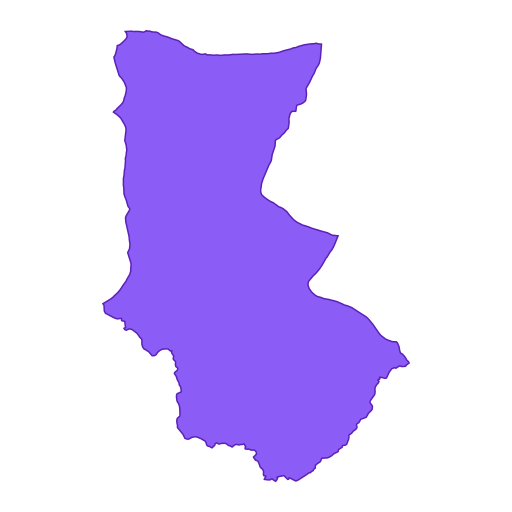 outline of Gogne, Gash Barka, Eritrea
{"feature_id": "51966322B22104639237429", "entity_name": "Gogne", "entity_type": "district", "adm_level": 2, "iso_a3": "ERI", "parent_name": "Eritrea", "parent_adm1": "Gash Barka", "projection": "albers", "projection_center": [37.411, 15.143], "detail": "fine", "context": "isolated", "style": "filled", "palette": "violet", "viewbox_px": 512, "rotation_deg": 0, "n_neighbors": 0, "source": "geoboundaries", "source_scale": "gbopen_adm2", "svg_char_len": 6038}
<svg xmlns="http://www.w3.org/2000/svg" viewBox="0 0 512 512"><path d="M338.1,235.8L332.2,235.2L327.5,232.8L320.9,231.0L311.7,228.2L308.9,227.0L304.6,225.6L302.9,225.2L297.4,222.5L293.8,219.9L289.4,215.1L286.9,211.7L283.3,208.8L280.5,207.3L279.1,207.0L273.1,202.6L270.9,201.7L268.7,200.4L264.8,197.6L262.3,195.4L261.5,194.4L260.9,192.7L260.7,191.5L260.7,189.2L261.1,187.5L261.5,183.9L263.1,178.8L268.9,165.1L270.8,161.7L271.3,160.5L272.2,154.6L275.0,146.2L275.4,140.5L276.1,139.7L279.2,138.0L280.2,137.1L281.7,135.2L284.3,132.9L286.6,129.9L288.3,128.3L289.1,122.3L288.9,118.7L289.9,114.5L290.7,112.9L291.5,111.8L292.5,111.3L295.6,111.3L295.9,111.0L296.3,107.5L296.7,105.7L297.2,105.1L300.9,104.0L302.9,103.0L305.2,101.1L305.7,100.1L306.4,95.5L306.5,93.8L306.0,88.5L309.5,82.5L312.3,76.5L314.3,73.0L316.0,68.6L318.7,64.5L319.4,62.8L320.4,58.2L321.5,44.1L318.5,43.9L316.0,43.2L314.9,43.6L309.7,44.0L304.4,44.8L298.5,46.4L296.1,47.5L293.3,47.9L291.0,48.9L283.5,50.8L279.6,52.2L277.4,52.7L273.4,53.3L270.8,53.2L268.3,53.7L261.9,53.8L260.1,54.2L257.3,54.0L251.7,54.4L246.8,53.9L234.7,54.5L233.5,54.3L228.4,55.0L225.1,54.9L220.4,55.4L217.5,55.0L213.4,55.2L209.2,54.8L208.2,55.0L206.9,54.7L205.6,53.9L202.1,54.4L200.9,54.3L197.2,53.1L194.4,51.2L193.0,49.7L189.6,48.7L187.4,47.3L184.4,46.0L179.4,41.4L178.2,40.6L172.1,38.8L167.1,36.8L164.8,36.3L160.9,34.9L158.0,32.8L155.8,32.0L155.0,32.2L151.9,31.8L149.5,31.1L147.2,31.1L146.7,30.7L146.1,30.7L145.6,31.3L143.5,32.2L139.2,31.5L135.4,31.4L134.8,31.6L131.2,31.2L125.3,31.5L126.4,33.1L126.8,34.4L127.1,36.8L126.7,37.7L125.9,39.0L123.5,41.5L120.1,44.5L117.2,45.7L117.0,48.2L115.9,52.6L115.1,55.2L114.2,56.7L113.9,57.0L115.1,62.5L118.9,74.7L119.4,75.9L121.8,78.4L124.3,82.3L126.3,87.2L126.4,89.1L126.2,91.5L125.1,95.9L124.2,98.2L123.8,100.3L123.0,102.3L121.0,104.8L117.0,108.6L115.9,110.1L113.8,111.4L113.4,112.1L116.8,114.5L120.6,117.9L124.7,124.8L125.7,127.3L126.1,129.4L124.8,140.5L126.3,145.6L126.4,147.6L126.7,148.5L126.7,150.7L126.3,153.0L126.2,155.1L125.3,158.6L125.5,160.5L124.9,168.6L124.5,169.6L124.0,175.6L123.4,178.3L123.4,185.7L123.8,187.4L124.0,193.9L125.0,197.0L126.0,199.3L128.0,206.3L129.5,208.3L129.7,209.0L129.7,209.6L129.1,210.8L126.1,215.9L125.5,217.7L125.8,221.9L129.1,236.7L129.3,239.6L130.0,244.4L129.5,248.8L127.7,252.6L130.9,263.0L131.1,265.0L130.7,269.2L130.8,270.8L129.8,274.3L126.6,279.8L126.1,281.1L123.5,284.6L120.4,289.4L117.8,292.6L114.5,295.6L113.3,296.9L110.7,299.0L102.9,303.7L104.0,305.3L104.3,311.0L105.5,313.3L113.7,317.6L115.8,318.5L117.7,318.9L120.3,318.4L121.5,318.5L121.5,320.2L121.9,320.8L124.7,321.3L125.5,327.3L125.4,327.7L124.2,328.1L124.0,328.4L124.3,328.9L125.1,329.8L126.2,330.2L129.3,328.9L131.7,329.4L132.6,329.9L137.2,333.5L139.6,337.0L140.8,338.4L141.6,338.9L141.9,340.5L141.9,344.3L142.6,346.8L143.9,348.8L144.3,349.2L145.7,349.7L146.3,350.3L148.5,351.5L152.1,355.7L154.1,355.7L155.4,355.1L156.0,354.8L157.6,352.4L159.3,350.9L160.6,350.0L162.5,349.2L165.3,348.9L167.2,348.9L168.2,349.1L170.4,351.0L171.7,350.8L171.6,352.8L173.7,356.0L173.2,358.4L173.4,359.5L175.4,361.4L175.6,362.3L175.4,364.4L175.8,366.5L177.5,367.8L177.7,368.5L177.6,369.4L176.9,370.8L175.7,371.5L174.5,372.7L174.4,373.6L176.2,376.3L177.3,379.7L179.0,382.8L179.4,385.3L180.3,386.3L180.8,387.7L181.3,391.8L177.4,393.6L176.9,394.1L176.5,395.1L176.5,397.6L177.1,401.3L178.7,404.0L179.3,405.7L179.6,407.1L179.9,411.1L180.0,415.7L179.6,416.3L177.4,418.2L177.1,418.9L176.8,420.5L176.9,422.7L177.5,425.5L177.4,427.1L177.7,427.9L182.9,434.2L185.0,438.4L186.8,439.0L188.1,439.2L189.2,438.9L192.0,437.3L194.6,436.8L196.5,436.9L197.7,437.3L200.8,438.6L205.0,441.0L206.0,442.5L206.5,444.4L207.2,445.7L207.9,446.1L209.9,446.6L211.3,447.6L212.1,447.8L214.6,445.5L215.3,443.5L216.6,442.9L218.9,444.1L221.4,443.4L225.3,443.3L227.3,444.4L228.4,445.5L230.2,445.9L232.0,447.0L232.5,446.9L233.1,446.0L233.9,445.7L234.4,445.0L235.7,444.5L237.8,444.6L238.9,445.0L240.3,444.6L242.3,444.5L243.5,443.9L244.1,444.0L245.6,446.9L245.0,448.2L245.4,449.0L247.1,449.2L249.0,449.1L250.3,449.8L251.2,450.1L254.3,450.1L256.0,451.5L256.5,454.1L253.5,457.0L253.8,457.8L255.5,460.2L256.8,460.6L257.9,461.3L258.6,462.5L260.1,466.8L260.7,467.7L262.5,469.2L263.3,470.7L263.6,471.6L263.4,474.2L263.7,475.4L263.8,475.7L265.5,475.9L265.8,476.4L264.3,479.1L264.3,479.4L268.1,479.9L270.4,479.8L271.5,478.9L272.6,479.2L273.3,479.9L275.5,481.3L276.2,480.8L277.0,479.5L277.6,477.9L277.1,477.1L277.4,476.9L283.9,475.6L287.7,479.4L288.4,479.3L288.9,478.8L289.0,478.0L289.7,477.9L295.5,480.9L296.2,480.9L298.2,480.0L306.3,474.8L309.0,472.8L310.3,472.7L311.8,471.3L313.1,470.7L313.8,469.2L315.3,468.0L315.4,465.3L317.3,463.7L320.0,461.9L320.5,461.3L321.6,458.5L322.3,458.2L327.2,457.9L328.8,457.4L331.7,455.7L333.7,453.8L338.0,451.7L338.4,450.8L338.3,450.1L338.5,449.6L342.1,447.3L342.5,445.8L342.9,445.5L345.5,445.1L346.7,444.2L348.8,438.7L349.0,435.0L351.5,433.4L353.2,431.2L355.6,429.5L356.7,428.2L357.0,427.1L356.5,424.7L356.9,423.8L358.8,422.7L360.7,419.3L366.2,417.3L368.0,414.2L368.1,413.6L371.4,410.4L372.1,409.3L372.5,406.5L371.9,405.2L370.3,403.1L369.9,402.0L370.0,401.6L370.8,400.0L374.6,394.7L374.9,393.5L375.1,391.6L374.9,388.8L375.2,387.3L376.8,384.4L377.9,383.6L379.0,381.5L378.9,381.1L378.0,380.2L378.0,379.9L378.6,379.4L379.5,379.2L379.8,378.9L379.6,378.0L379.9,377.9L380.1,377.1L385.0,378.3L386.5,378.0L389.2,372.2L391.7,368.8L394.3,367.7L395.9,368.2L399.8,365.8L401.7,366.6L405.5,366.3L406.7,364.8L409.1,363.0L408.6,361.9L406.4,359.6L405.8,358.2L404.3,356.1L402.1,353.8L401.6,353.7L400.6,353.0L399.8,351.1L399.0,346.6L397.5,343.0L397.1,342.5L396.4,341.8L392.4,341.7L387.4,339.9L385.2,338.8L381.0,335.5L379.2,333.5L372.9,324.4L368.6,319.2L366.3,317.0L351.6,307.5L347.0,305.7L343.7,304.8L342.9,304.2L336.7,301.5L328.5,299.4L323.8,298.6L321.1,297.5L317.1,296.4L314.6,294.8L311.6,292.0L309.1,288.5L308.0,284.9L308.2,282.7L308.7,281.2L313.1,275.9L316.1,273.1L319.7,268.7L322.4,264.6L326.1,258.0L327.1,257.0L329.9,252.3L332.3,249.1L334.1,245.6L338.1,235.8Z" fill="#8b5cf6" stroke="#5b21b6" stroke-width="1.5"/></svg>